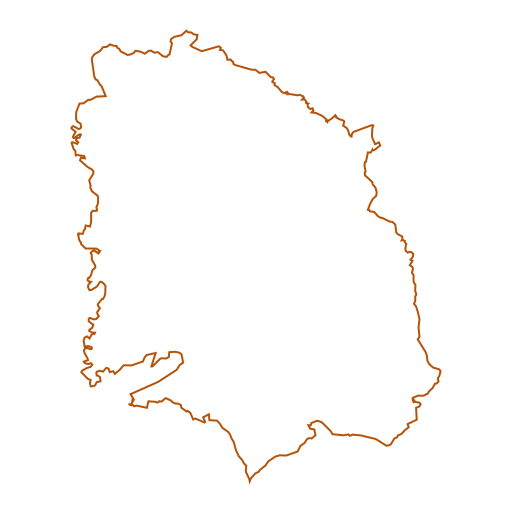 the district of Chietla, Puebla, Mexico
{"feature_id": "50627088B73270008594857", "entity_name": "Chietla", "entity_type": "district", "adm_level": 2, "iso_a3": "MEX", "parent_name": "Mexico", "parent_adm1": "Puebla", "projection": "mercator", "projection_center": [-98.633, 18.51], "detail": "fine", "context": "isolated", "style": "outline", "palette": "amber", "viewbox_px": 512, "rotation_deg": 0, "n_neighbors": 0, "source": "geoboundaries", "source_scale": "gbopen_adm2", "svg_char_len": 5884}
<svg xmlns="http://www.w3.org/2000/svg" viewBox="0 0 512 512"><path d="M90.7,386.4L94.0,386.0L95.3,385.0L96.7,382.1L100.5,381.3L100.1,377.2L98.1,375.7L96.7,375.5L96.3,373.0L97.0,371.6L99.7,370.8L103.1,371.6L106.2,367.9L108.5,368.5L109.7,372.1L113.2,371.2L114.9,373.8L119.8,369.7L123.7,365.3L131.6,365.4L142.9,361.5L144.8,357.1L146.5,355.1L155.6,353.0L151.4,366.4L152.4,366.4L160.0,358.9L161.2,358.3L166.2,358.5L168.9,356.9L169.3,352.2L174.3,351.8L177.6,352.2L180.1,353.2L181.6,354.5L183.1,362.7L179.7,365.0L176.7,369.8L158.3,381.8L130.5,394.2L133.2,398.4L132.6,398.8L132.4,400.6L133.4,400.4L131.1,404.4L128.6,404.1L131.0,405.3L132.8,404.9L134.1,406.3L136.6,405.6L146.9,407.8L148.5,401.3L155.6,401.8L157.1,402.6L158.8,401.9L159.2,401.2L161.4,401.6L165.7,398.1L170.7,400.4L173.1,402.6L175.2,403.5L178.1,403.6L180.9,405.1L181.3,407.5L182.0,408.2L186.6,411.5L187.7,410.9L190.3,412.8L193.2,419.5L195.2,418.5L204.5,422.5L205.1,422.0L203.2,417.3L208.9,414.3L209.4,420.2L217.0,420.6L219.8,423.6L222.4,427.8L228.0,431.8L229.7,433.8L231.8,438.9L233.7,441.9L235.9,450.1L238.7,456.1L242.4,460.3L243.9,463.4L246.3,465.7L245.8,471.6L249.2,478.9L249.7,481.3L251.0,478.3L255.2,473.5L258.8,471.7L260.0,469.8L265.6,465.4L268.2,461.4L275.1,456.7L279.6,455.3L286.3,455.5L297.7,451.5L300.4,445.9L304.5,443.0L307.1,439.0L309.3,438.1L311.6,438.5L315.5,435.3L314.3,429.4L310.2,428.7L308.4,425.2L310.7,425.3L311.4,423.0L316.2,421.1L317.9,420.8L321.7,422.2L330.6,431.0L332.5,434.2L343.6,435.3L348.4,434.4L349.8,435.8L352.7,434.6L360.8,435.4L375.7,439.0L386.4,445.7L389.4,445.2L391.0,444.1L394.3,438.6L397.2,437.2L397.8,435.5L401.4,434.0L405.3,429.8L408.7,427.3L407.6,424.1L416.7,419.7L416.1,407.8L419.5,406.4L420.6,404.1L419.3,402.7L414.9,401.8L413.6,402.2L412.8,400.3L413.9,400.0L412.7,398.8L412.7,397.9L417.8,395.7L423.5,395.7L427.8,393.6L428.9,391.5L432.7,387.9L435.0,383.6L436.6,383.5L438.5,381.6L437.8,378.2L439.2,376.3L440.6,371.0L438.9,369.2L433.2,367.6L429.1,363.9L427.5,360.9L426.8,355.5L425.4,351.7L417.8,339.5L419.5,336.6L418.5,327.5L419.5,319.4L417.9,312.1L416.0,306.3L414.0,303.8L415.3,300.7L415.2,296.5L416.3,294.6L415.2,290.8L415.4,284.7L414.0,282.7L413.5,280.5L413.6,275.3L411.9,272.7L413.0,269.1L412.4,267.0L409.8,265.2L412.5,260.9L410.5,259.8L412.8,256.9L413.3,254.1L411.4,252.1L409.2,251.9L407.8,252.6L405.8,251.0L405.3,249.2L406.1,244.1L406.8,244.8L404.6,241.7L404.9,241.1L403.2,240.1L401.7,240.4L402.5,238.9L402.2,236.5L397.7,234.1L396.3,232.6L395.3,224.6L392.3,221.9L389.7,221.6L381.8,217.7L381.3,218.0L379.3,217.1L377.8,216.1L374.2,211.9L369.7,211.3L369.3,210.0L367.9,209.8L370.1,203.9L372.8,198.9L376.2,195.9L376.7,192.2L375.4,187.5L372.7,184.4L372.3,182.0L365.0,175.4L364.7,172.8L365.6,171.4L364.5,166.0L364.8,162.3L366.0,161.7L367.9,152.4L370.2,152.6L371.3,151.9L372.4,149.7L372.6,150.4L374.3,150.1L380.3,145.5L378.9,142.4L375.1,144.2L372.4,138.1L372.0,135.8L372.3,128.6L373.2,125.4L371.4,125.3L353.5,131.9L351.8,134.1L351.6,136.6L351.0,136.6L349.0,134.2L348.4,131.2L347.0,128.3L343.2,125.6L344.2,121.6L343.7,120.7L338.4,118.8L336.1,117.2L336.3,116.4L335.3,115.2L332.5,118.0L327.6,121.2L327.4,122.1L325.9,120.9L326.6,119.6L322.1,115.8L315.8,112.9L311.6,112.5L313.4,110.6L312.6,108.3L310.1,109.0L307.8,106.8L307.6,104.1L308.2,103.6L306.2,103.1L306.0,102.7L306.6,102.2L304.7,99.3L302.1,99.6L303.8,97.3L303.3,96.4L299.7,94.8L297.7,95.3L289.8,94.1L287.4,94.3L287.8,92.7L286.9,91.8L285.8,92.3L285.4,93.3L282.1,92.3L277.7,87.1L274.4,85.0L274.7,83.0L272.4,82.1L272.6,80.8L274.0,79.1L273.1,77.5L270.8,77.1L265.5,71.8L259.4,72.9L255.4,69.8L251.2,69.6L235.0,65.0L233.4,63.9L233.1,61.8L231.3,60.7L230.7,59.5L227.4,59.8L226.6,55.9L224.9,52.9L222.8,50.2L220.0,49.9L220.8,47.8L218.9,46.3L201.7,51.2L192.3,46.9L190.6,45.4L196.7,39.2L197.4,34.9L193.9,34.4L191.3,32.5L188.1,32.3L186.4,30.7L181.5,35.2L174.2,36.9L171.0,39.2L170.6,41.6L172.0,43.3L169.5,54.5L168.5,54.8L166.6,56.9L163.1,56.3L157.8,52.1L154.4,52.7L151.1,50.7L148.8,50.8L144.8,53.7L140.3,51.6L135.4,50.8L133.7,53.0L129.7,54.7L127.4,54.9L120.6,51.3L119.3,48.9L117.3,47.8L116.5,45.9L113.9,45.8L110.1,44.4L106.6,46.9L103.0,47.2L100.0,51.1L94.6,54.1L92.4,56.9L91.8,59.2L94.3,76.6L95.6,79.4L97.4,80.2L100.0,84.8L101.5,85.9L105.7,96.2L96.5,96.6L90.4,99.9L88.1,99.9L83.6,103.3L79.5,103.6L76.3,111.8L76.0,118.7L77.1,121.5L80.6,123.7L81.1,127.3L80.3,128.5L78.7,129.0L73.2,126.1L71.7,127.2L71.4,128.4L75.6,131.8L73.0,136.6L73.3,137.8L74.5,137.9L78.1,135.1L80.2,134.2L80.9,134.7L79.5,137.6L76.8,138.3L76.1,139.3L76.1,140.4L78.2,142.3L77.2,143.9L73.0,142.3L72.0,142.3L71.6,142.9L73.6,149.0L75.3,150.8L75.8,155.4L76.9,155.0L84.2,156.0L84.9,158.4L81.0,157.7L80.0,160.3L87.6,167.0L92.0,169.5L93.4,171.4L93.3,173.7L89.2,180.3L90.6,185.7L90.3,187.6L92.0,191.3L97.5,195.6L98.2,197.6L97.9,203.6L96.4,207.3L97.1,210.3L96.3,210.9L92.6,210.8L91.1,212.7L91.2,221.3L90.1,226.5L85.7,225.5L84.9,229.3L84.0,230.1L82.7,233.9L78.7,233.4L78.7,234.4L78.0,234.4L79.4,240.5L80.9,242.5L81.3,244.3L85.6,248.5L96.5,248.6L99.2,250.4L98.9,251.4L99.8,251.3L98.4,253.5L94.1,250.4L91.6,251.7L90.7,252.9L91.8,254.9L91.8,259.5L95.1,265.3L95.3,267.6L92.4,270.3L90.9,275.4L89.1,278.0L88.4,277.8L87.9,278.5L87.5,280.0L88.6,281.4L91.0,281.8L88.2,285.0L88.1,287.4L89.5,290.2L91.6,289.8L97.0,286.5L100.0,281.9L101.2,281.7L103.5,283.3L105.5,285.9L105.2,293.8L104.4,296.6L103.0,299.0L102.1,298.9L97.9,304.0L97.9,305.6L99.9,308.2L97.2,312.1L97.4,313.9L98.8,316.3L96.1,319.1L93.7,319.4L90.0,317.9L88.8,318.7L88.7,321.3L93.3,324.8L92.3,327.8L89.6,329.5L89.1,330.8L92.3,332.7L95.0,332.6L94.4,334.0L93.1,333.6L91.3,335.0L89.6,338.5L87.0,336.4L84.6,337.7L83.6,340.2L84.6,346.6L88.1,346.1L91.3,346.9L91.9,348.5L90.8,349.3L87.4,348.1L85.2,348.3L83.9,350.4L84.5,353.0L87.4,358.0L88.0,360.2L83.8,361.6L84.6,362.9L86.0,363.6L88.5,364.0L90.7,363.1L92.3,364.7L90.5,366.9L86.6,368.1L82.1,370.7L81.3,372.2L87.8,378.8L90.7,380.0L89.9,382.6L90.7,386.4Z" fill="none" stroke="#b45309" stroke-width="2"/></svg>